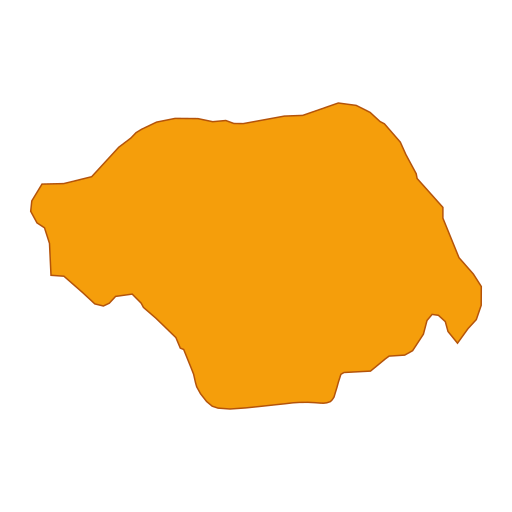 San Lorenzo, San Marcos, Guatemala
{"feature_id": "79465075B14386686272745", "entity_name": "San Lorenzo", "entity_type": "district", "adm_level": 2, "iso_a3": "GTM", "parent_name": "Guatemala", "parent_adm1": "San Marcos", "projection": "albers", "projection_center": [-91.744, 15.025], "detail": "fine", "context": "isolated", "style": "filled", "palette": "amber", "viewbox_px": 512, "rotation_deg": 0, "n_neighbors": 0, "source": "geoboundaries", "source_scale": "gbopen_adm2", "svg_char_len": 1235}
<svg xmlns="http://www.w3.org/2000/svg" viewBox="0 0 512 512"><path d="M42.0,184.1L31.8,200.9L30.7,211.3L37.0,222.9L44.5,227.8L49.5,243.4L51.0,275.3L63.9,276.2L83.0,292.9L94.8,303.9L103.4,306.0L109.3,303.2L115.6,296.4L132.2,294.1L141.2,303.2L143.5,307.5L155.8,318.1L175.9,337.6L180.3,348.1L183.7,349.5L191.5,368.8L193.6,374.2L195.5,382.6L196.7,386.8L200.5,393.7L206.6,401.5L212.2,406.2L218.0,408.1L230.0,409.0L245.8,407.9L260.3,406.4L275.0,404.8L285.5,403.7L292.9,402.8L299.4,402.4L307.9,402.3L315.4,402.7L320.5,403.1L323.6,403.2L326.8,402.8L330.4,401.6L332.2,399.8L334.0,397.1L335.1,393.4L337.0,387.2L338.4,382.1L340.9,374.3L344.0,372.5L370.5,371.1L385.3,358.9L389.1,356.1L404.7,355.1L412.6,350.7L423.4,334.2L427.0,320.5L432.1,314.4L438.4,315.3L445.3,321.6L448.0,331.5L457.5,343.2L468.1,328.5L476.3,319.6L481.2,305.3L481.3,286.5L473.4,274.1L459.0,257.7L442.9,218.2L442.9,207.4L417.1,178.5L416.2,173.7L405.9,154.6L400.3,142.1L384.4,123.8L380.0,121.5L370.1,112.4L356.2,105.4L338.3,103.0L302.7,115.4L284.3,116.1L243.3,123.6L233.9,123.5L225.8,120.5L212.7,121.7L197.9,118.6L175.1,118.4L156.6,122.1L141.7,129.2L136.1,132.6L130.8,138.1L118.8,147.2L91.7,176.7L63.7,183.6L42.0,184.1Z" fill="#f59e0b" stroke="#b45309" stroke-width="1.5"/></svg>